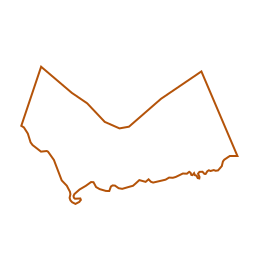 Djibouti, Arta, Djibouti (Equal Earth projection), rotated 174°
{"feature_id": "41766387B83981523687012", "entity_name": "Djibouti", "entity_type": "district", "adm_level": 2, "iso_a3": "DJI", "parent_name": "Djibouti", "parent_adm1": "Arta", "projection": "equal_earth", "projection_center": [43.007, 11.493], "detail": "fine", "context": "isolated", "style": "outline", "palette": "amber", "viewbox_px": 256, "rotation_deg": 174, "n_neighbors": 0, "source": "geoboundaries", "source_scale": "gbopen_adm2", "svg_char_len": 1138}
<svg xmlns="http://www.w3.org/2000/svg" viewBox="0 0 256 256"><g transform="rotate(174 128 128)"><path d="M22.1,88.7L49.1,176.6L92.1,153.6L126.9,129.2L136.5,128.5L150.5,136.5L166.0,156.8L180.2,168.8L208.0,198.0L233.9,141.3L231.5,139.5L228.2,132.9L226.4,123.9L224.7,121.0L217.0,113.6L211.2,113.6L210.0,112.8L205.0,103.9L204.2,100.8L199.4,82.8L194.9,77.0L192.4,70.7L192.2,68.2L193.4,64.6L192.8,62.0L191.3,60.0L188.2,58.0L184.1,59.6L183.7,60.1L182.4,61.4L182.8,62.9L188.1,63.2L189.1,64.3L189.3,66.1L189.1,66.4L188.2,67.9L182.6,71.9L176.0,74.9L170.4,78.1L168.0,77.7L165.9,72.6L162.6,70.2L156.5,67.7L153.2,67.3L151.1,71.6L149.3,72.5L147.0,72.1L143.6,69.1L140.1,68.1L131.7,69.6L129.1,70.0L126.1,72.1L122.2,75.0L116.1,72.6L112.9,74.8L110.8,72.1L108.7,71.1L99.0,72.3L96.0,72.7L92.3,74.4L88.6,73.8L85.7,74.3L78.2,77.0L74.2,76.4L71.7,78.0L70.5,77.0L69.9,74.7L68.8,74.4L67.0,76.2L66.4,74.1L64.9,73.5L63.9,70.9L62.4,70.4L62.0,71.8L63.1,75.3L61.5,76.9L58.5,76.7L56.8,74.4L55.6,74.2L53.6,76.7L52.0,77.5L50.4,76.6L47.1,77.2L45.3,76.3L42.9,76.4L38.7,80.3L37.1,84.8L35.6,86.4L29.8,89.5L22.1,88.7Z" fill="none" stroke="#b45309" stroke-width="2"/></g></svg>